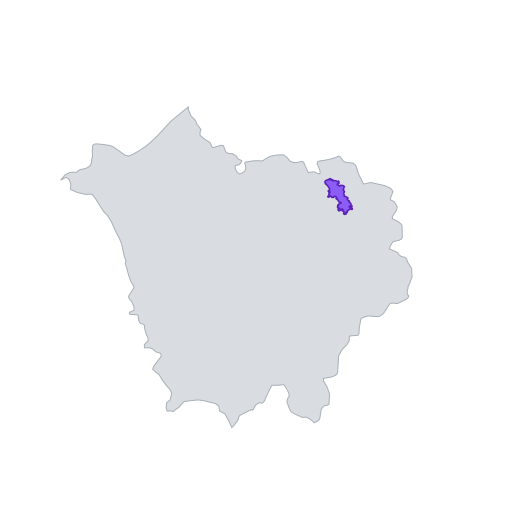 location of Sharkawshchyna, Vitebsk, Belarus, rotated 62°
{"feature_id": "67162791B8322834804347", "entity_name": "Sharkawshchyna", "entity_type": "district", "adm_level": 2, "iso_a3": "BLR", "parent_name": "Belarus", "parent_adm1": "Vitebsk", "projection": "mercator", "projection_center": [27.573, 55.372], "detail": "fine", "context": "in_parent", "style": "filled", "palette": "violet", "viewbox_px": 512, "rotation_deg": 62, "n_neighbors": 0, "source": "geoboundaries", "source_scale": "gbopen_adm2", "svg_char_len": 9086}
<svg xmlns="http://www.w3.org/2000/svg" viewBox="0 0 512 512"><g transform="rotate(62 256 256)"><path d="M396.0,357.9L389.1,357.5L380.7,357.6L376.0,360.9L370.9,359.3L367.3,361.1L359.1,370.1L355.8,374.9L352.8,382.3L350.9,387.8L351.9,391.6L353.5,395.2L353.8,399.0L354.6,402.0L352.5,404.2L351.3,407.3L347.9,406.7L343.6,403.7L342.7,399.4L339.4,396.4L337.3,394.8L333.7,394.6L328.0,396.0L320.6,397.0L315.0,397.3L312.0,398.9L307.4,400.4L305.7,398.6L303.2,393.7L301.1,388.7L299.7,386.6L298.5,386.0L297.0,386.1L295.2,387.7L293.9,389.3L289.2,391.1L287.2,392.9L284.9,397.4L283.4,397.1L281.8,396.1L280.1,391.0L277.6,389.8L273.7,389.7L268.8,388.7L264.8,387.1L263.4,387.5L261.0,389.7L258.5,390.0L252.9,388.0L251.8,388.9L248.6,394.5L247.1,394.8L246.3,394.1L246.7,389.2L243.5,387.5L238.0,387.2L234.2,387.9L232.3,387.8L231.4,386.8L226.7,378.6L224.2,378.1L219.7,378.5L213.2,377.5L205.6,375.7L201.4,375.0L199.3,373.1L194.6,372.5L182.1,369.0L177.0,368.4L169.4,368.4L158.0,367.6L150.6,368.0L147.2,369.2L143.3,369.9L129.7,370.8L124.8,371.8L123.4,373.5L121.8,377.3L116.2,383.8L110.7,388.1L109.7,388.5L106.5,386.2L103.9,385.4L100.8,385.2L98.6,385.9L97.2,387.0L97.4,392.0L97.1,392.4L94.7,386.5L94.8,381.1L96.2,378.0L97.8,375.2L97.1,371.0L98.7,365.5L98.8,361.5L98.1,359.8L96.8,357.8L93.2,355.5L91.7,353.8L86.9,351.5L82.1,348.6L81.3,346.8L81.5,345.6L82.4,343.7L86.0,338.3L89.9,333.0L92.5,330.9L105.8,324.1L107.9,321.7L108.4,317.7L108.2,309.5L107.4,302.0L106.4,296.9L103.8,287.2L96.8,267.0L92.6,245.8L95.4,247.1L101.8,247.6L106.9,246.1L109.5,245.9L111.8,246.3L118.5,245.2L120.2,247.1L123.2,248.8L129.1,246.3L134.3,243.3L139.7,243.7L140.4,242.2L141.8,234.7L143.4,233.0L149.9,233.8L152.3,232.4L154.7,228.7L158.6,226.4L161.7,226.4L165.1,223.8L166.7,225.5L167.5,228.6L166.4,231.1L166.9,232.1L169.2,233.4L173.1,233.3L175.6,232.3L176.2,230.9L176.2,228.3L175.6,225.9L173.9,223.8L170.8,222.7L168.6,222.6L168.2,221.3L169.0,218.5L170.9,213.2L173.3,208.5L174.7,206.7L175.0,205.0L174.7,202.1L174.6,196.9L176.8,189.6L179.7,184.1L183.5,182.4L188.2,181.4L191.2,178.8L192.7,175.8L194.0,171.0L195.5,170.0L206.8,170.7L208.6,165.9L209.5,164.6L211.7,163.2L213.2,161.5L212.7,160.2L209.8,159.3L203.0,158.6L201.6,157.0L202.0,155.1L203.8,150.2L205.6,143.8L206.5,138.9L206.6,136.0L207.5,135.2L213.1,134.3L215.0,133.3L219.7,126.5L223.4,125.4L232.8,127.1L237.1,127.0L242.6,127.4L243.1,126.8L245.0,120.1L254.3,109.3L259.3,105.5L262.4,104.7L263.5,104.9L268.5,110.6L269.7,110.8L273.0,108.4L278.8,108.2L281.4,110.2L285.2,117.2L287.2,118.0L292.8,114.1L295.9,112.9L297.9,112.9L308.5,118.3L309.3,120.0L309.3,122.1L307.7,128.4L309.9,132.3L312.4,134.9L317.8,130.5L319.8,129.3L322.0,129.3L324.9,127.7L327.1,125.2L329.1,124.4L333.0,125.0L339.9,124.4L348.1,128.2L348.8,129.4L352.9,133.8L354.3,136.1L355.7,136.8L357.8,138.9L360.7,140.3L362.8,139.9L363.7,140.6L364.6,142.3L364.7,145.2L364.4,153.5L361.5,157.8L361.1,159.3L361.2,161.1L363.5,164.7L366.5,170.2L367.2,173.4L367.2,175.8L363.2,182.8L361.8,184.4L360.9,187.9L360.4,191.3L360.7,192.8L367.5,198.3L372.5,201.3L373.6,202.8L373.7,203.7L371.0,209.7L370.8,211.2L374.8,213.7L377.0,217.6L379.0,223.8L382.8,229.8L397.1,238.6L398.3,240.2L398.7,242.0L398.3,246.1L395.7,253.9L398.1,255.0L404.4,254.7L412.0,255.7L421.2,261.2L421.2,263.6L420.3,265.8L420.9,268.2L421.9,270.2L429.8,276.3L430.6,278.0L430.7,281.0L430.5,283.1L428.3,283.6L425.9,284.6L421.9,287.2L420.3,290.8L413.9,295.9L409.9,298.1L406.7,298.2L399.2,297.2L396.5,294.7L395.4,292.5L392.5,291.4L388.7,291.3L383.3,291.7L382.3,292.4L381.4,295.2L379.1,300.0L377.5,302.7L384.3,312.1L387.6,316.0L388.7,318.3L388.7,320.0L387.1,322.0L387.3,326.0L390.6,331.2L389.5,332.0L389.2,338.4L389.2,345.2L390.1,346.9L391.8,348.2L393.3,350.7L395.8,356.4L396.0,357.9Z" fill="#d9dde1" stroke="#a8b0b8" stroke-width="1"/><path d="M224.1,160.7L225.2,160.7L225.6,160.5L225.7,160.3L226.0,160.3L226.5,160.2L226.8,160.1L227.2,159.9L227.5,159.8L228.4,159.7L229.7,159.6L230.5,159.6L231.5,159.6L231.5,159.8L231.7,160.0L232.3,160.1L232.6,160.2L232.7,160.4L232.7,160.7L232.4,161.2L232.4,161.4L232.4,161.7L232.6,161.8L232.9,161.7L233.0,161.4L233.1,161.2L233.4,161.0L233.9,160.7L234.3,160.6L234.5,160.8L234.6,161.0L234.6,161.3L234.4,161.6L234.2,161.8L234.4,162.0L234.5,162.0L234.9,162.0L235.1,161.9L235.4,162.0L235.6,162.2L235.6,162.6L236.0,162.9L236.3,162.9L236.5,162.8L236.8,162.6L237.1,162.6L237.2,162.8L237.2,163.2L237.2,163.3L237.0,164.1L237.2,164.3L237.1,164.6L237.4,164.8L237.7,164.7L238.0,164.5L238.2,164.2L238.3,163.9L238.2,163.7L237.9,163.5L237.8,163.2L237.9,162.8L238.1,162.4L238.3,162.0L238.4,161.8L238.6,161.7L238.8,161.6L239.1,161.6L239.4,161.8L239.6,161.8L239.7,161.7L239.7,161.3L239.8,161.1L240.2,160.9L240.4,160.7L240.6,160.5L240.7,160.2L240.7,159.9L240.6,159.7L240.1,159.4L240.0,159.2L240.0,158.8L240.1,158.7L240.6,158.5L240.8,158.3L240.8,157.7L241.2,157.4L241.7,157.3L241.9,157.3L242.2,157.3L242.5,157.5L242.5,157.9L242.6,158.1L242.7,158.3L242.8,158.3L243.3,158.3L243.5,158.2L243.5,157.6L243.6,157.4L243.9,157.3L244.4,157.3L244.7,157.6L244.9,157.6L245.1,157.6L245.6,157.4L246.2,157.4L246.4,157.4L246.8,157.5L247.6,157.1L247.8,156.9L248.0,156.4L248.2,156.2L248.4,156.1L248.5,156.0L248.8,155.9L249.1,156.0L249.3,156.2L249.3,156.4L249.1,156.6L249.1,156.8L248.8,157.2L248.7,157.6L248.8,157.9L249.0,158.2L249.3,158.5L249.4,158.9L249.2,159.3L249.2,159.5L249.4,159.6L249.6,159.6L249.8,159.5L250.0,159.6L250.1,159.8L249.9,160.0L249.9,160.3L250.0,160.4L250.2,160.5L250.4,160.4L250.6,160.3L250.8,160.4L250.9,160.5L250.9,161.0L251.0,161.1L251.7,161.2L252.0,161.2L252.3,161.0L252.4,160.8L252.5,160.6L252.7,160.1L252.8,159.9L253.2,159.8L253.5,159.9L253.6,160.0L253.5,160.5L253.4,160.8L253.4,161.3L253.5,161.6L253.7,161.9L254.7,161.8L254.9,161.8L255.0,161.6L255.1,161.3L255.1,161.1L255.2,160.8L255.3,160.5L255.4,160.2L254.9,159.2L254.8,158.9L254.8,158.6L255.1,157.8L255.2,157.6L255.4,157.5L255.8,157.5L256.1,157.6L256.2,157.8L256.3,158.0L256.4,158.5L256.5,158.7L256.9,158.5L256.9,158.3L256.9,158.1L257.0,157.9L257.3,157.7L257.9,157.6L258.2,157.6L258.5,157.7L258.8,157.8L259.0,158.1L259.1,158.4L259.4,158.7L259.6,158.6L259.8,158.5L260.1,158.3L260.4,158.6L260.6,158.6L260.8,158.3L260.9,157.9L261.0,157.7L261.2,157.3L261.3,157.2L261.2,156.8L261.1,156.7L260.9,156.3L260.8,156.1L260.5,156.1L260.3,156.2L260.1,156.3L259.7,156.3L259.7,156.1L259.7,155.9L259.8,155.7L260.2,155.5L260.3,155.3L260.3,155.1L260.2,154.8L260.0,154.6L259.8,154.4L259.6,154.2L259.1,154.1L259.0,153.9L258.9,153.6L258.9,153.2L259.0,152.9L259.0,152.6L258.9,152.3L258.8,152.0L258.8,151.4L258.8,150.7L258.9,150.4L259.1,150.3L259.5,150.0L259.7,149.8L259.9,149.6L260.0,149.3L259.9,149.0L259.8,148.9L259.4,148.7L258.8,148.7L258.6,148.8L258.4,148.9L258.1,149.1L257.7,149.3L257.7,149.5L257.8,150.0L258.1,150.1L258.1,150.4L256.9,150.5L256.6,150.5L256.4,150.6L256.0,150.6L255.9,150.5L255.9,150.3L256.0,150.2L256.3,150.1L256.3,149.9L256.4,149.7L256.5,149.5L256.7,149.4L256.9,149.3L257.2,149.0L257.4,149.0L257.5,148.7L257.4,148.2L257.1,147.8L256.9,147.7L256.7,147.8L256.2,148.0L255.8,148.4L255.7,148.4L255.3,148.1L255.1,148.0L254.9,147.8L254.7,147.7L254.4,147.6L254.1,147.7L253.9,147.8L253.3,147.9L252.6,147.9L252.4,147.9L252.2,148.0L251.9,148.4L251.8,148.5L251.6,148.5L251.5,148.4L251.5,148.1L251.4,147.9L251.1,147.8L250.8,147.9L250.7,148.0L250.4,148.3L250.1,148.5L249.8,148.6L248.8,148.8L248.4,148.8L248.3,148.7L248.2,148.5L248.1,148.0L248.1,147.6L247.9,147.6L247.7,147.6L247.4,147.8L247.2,147.9L247.0,148.1L246.8,148.2L246.5,148.4L246.1,148.5L245.9,148.6L245.7,148.7L245.7,148.8L245.7,149.0L245.3,149.3L244.9,149.9L244.8,150.0L244.6,150.1L244.4,150.0L244.1,149.9L243.8,149.6L243.6,149.4L242.6,149.3L242.0,149.3L241.8,149.2L241.5,148.9L241.1,148.2L241.0,147.9L240.8,147.8L240.5,147.6L240.2,147.6L239.7,147.8L239.2,148.1L238.9,148.2L238.7,148.1L238.6,147.6L238.4,147.4L237.9,147.3L237.6,146.9L237.4,146.6L237.0,146.4L236.7,146.1L236.5,145.9L236.3,145.3L236.2,145.3L235.9,145.4L235.9,145.6L235.7,145.9L235.2,145.9L234.8,145.9L234.7,146.0L234.3,146.7L234.0,147.2L233.8,147.4L233.6,147.5L233.4,147.7L233.4,147.9L233.4,148.0L233.5,148.2L233.6,148.3L233.6,148.5L233.3,148.8L233.2,149.0L233.4,149.3L233.5,149.4L233.5,149.5L233.4,149.7L233.3,149.8L232.9,149.9L232.1,150.0L231.7,150.2L231.5,150.5L231.4,150.6L231.2,150.8L230.8,150.7L230.7,150.5L230.6,150.4L230.6,150.0L230.6,149.6L230.6,149.4L230.8,148.9L230.8,148.7L230.7,148.5L230.4,148.4L229.7,148.1L229.2,147.9L228.7,147.9L228.5,148.0L228.6,148.4L228.8,148.7L228.8,148.9L228.8,149.1L228.5,149.4L227.7,149.6L227.3,149.9L227.2,150.0L226.9,150.4L226.4,151.1L226.1,151.7L225.9,152.3L225.9,152.6L225.8,152.8L225.7,152.8L225.3,152.7L225.1,152.6L224.9,152.5L224.6,152.5L224.4,152.7L224.4,152.8L224.3,153.1L224.3,153.3L224.4,153.8L224.3,154.0L224.2,154.1L223.8,154.3L223.7,154.3L223.3,154.2L223.2,154.1L223.2,153.8L223.2,153.7L222.9,153.7L222.8,153.8L222.5,154.1L222.4,154.3L222.4,154.5L222.7,154.7L222.8,154.9L222.7,155.1L222.6,155.3L222.4,155.5L222.7,155.9L222.8,155.9L222.9,156.2L222.9,156.4L222.8,156.6L222.4,156.8L222.2,157.1L222.2,158.9L222.3,159.4L222.4,159.7L222.5,160.1L222.8,160.3L223.8,160.4L224.1,160.6L224.1,160.7Z" fill="#8b5cf6" stroke="#5b21b6" stroke-width="1.5"/></g></svg>